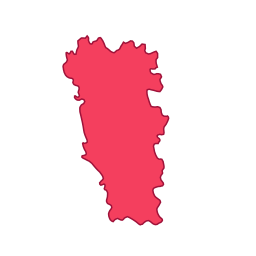 Shklow, Mogilev, Belarus, rotated 70°
{"feature_id": "67162791B50878075194487", "entity_name": "Shklow", "entity_type": "district", "adm_level": 2, "iso_a3": "BLR", "parent_name": "Belarus", "parent_adm1": "Mogilev", "projection": "natural_earth1", "projection_center": [30.382, 54.184], "detail": "fine", "context": "isolated", "style": "filled", "palette": "rose", "viewbox_px": 256, "rotation_deg": 70, "n_neighbors": 0, "source": "geoboundaries", "source_scale": "gbopen_adm2", "svg_char_len": 4588}
<svg xmlns="http://www.w3.org/2000/svg" viewBox="0 0 256 256"><g transform="rotate(70 128 128)"><path d="M152.9,105.0L151.9,104.1L151.3,102.9L150.3,102.1L148.8,102.2L147.5,103.1L146.7,103.4L145.4,103.4L144.8,102.5L144.8,101.7L144.8,100.4L145.8,98.8L146.1,96.7L144.8,95.8L141.0,94.8L139.3,93.7L138.2,92.0L137.4,90.8L135.1,88.4L133.0,86.6L131.5,86.3L130.2,86.8L130.2,87.8L129.2,90.1L127.5,91.4L124.7,91.4L122.0,90.7L119.7,91.0L118.2,92.8L117.6,95.4L116.5,97.7L115.5,98.9L112.9,99.1L110.6,99.1L107.5,98.9L105.4,98.9L102.6,98.5L99.9,97.7L98.6,96.8L98.8,94.8L100.1,93.0L101.2,91.2L102.3,89.7L103.4,88.2L104.1,86.9L104.7,85.6L103.7,83.9L103.0,83.0L101.3,81.2L99.6,81.2L98.2,81.7L96.7,81.8L94.6,81.7L93.3,81.4L92.4,80.2L91.4,79.0L88.7,79.1L87.5,80.7L86.8,82.4L86.8,83.9L86.5,85.5L85.0,86.8L83.9,87.7L82.0,87.7L80.4,87.2L80.2,86.1L81.0,84.7L81.4,83.5L81.7,82.3L81.0,81.3L80.9,79.6L77.0,79.4L75.0,78.9L73.2,78.1L72.0,76.1L68.1,74.7L66.9,75.0L65.5,75.4L65.5,77.6L65.8,81.6L65.5,83.4L63.4,85.6L61.0,85.8L59.2,84.5L55.4,83.4L53.9,86.1L55.4,89.4L55.9,92.7L53.3,94.1L50.0,93.4L47.9,94.1L47.0,95.8L47.6,98.7L47.6,101.4L45.8,102.9L47.5,104.9L48.7,106.6L50.0,107.9L51.0,109.0L51.4,110.6L51.3,111.8L51.7,113.1L52.0,113.7L52.5,115.1L52.1,116.1L51.1,117.2L50.1,118.1L48.2,119.1L46.3,120.2L45.0,121.3L43.5,121.6L40.5,121.6L37.5,121.9L34.4,122.6L33.5,123.3L33.4,125.0L34.1,125.9L35.2,127.4L35.3,128.7L35.1,130.2L35.3,131.7L36.5,132.7L36.5,133.9L35.7,134.9L33.9,135.2L32.2,135.2L31.0,134.7L30.0,134.3L28.9,134.4L27.5,134.9L28.3,136.2L29.0,137.3L28.5,138.5L27.8,140.1L27.5,141.1L27.9,142.3L28.4,143.6L29.0,145.3L31.6,146.1L33.4,146.4L34.5,146.7L35.5,147.6L36.9,149.1L38.7,150.4L40.8,151.6L40.4,153.2L39.8,153.5L38.2,153.8L36.9,154.0L36.4,155.3L37.3,156.3L38.2,157.6L38.0,158.3L36.9,159.0L36.1,159.6L36.2,160.4L37.3,160.8L39.4,161.3L41.0,161.5L42.4,161.6L43.5,161.7L44.2,162.6L45.0,163.3L45.6,164.8L46.2,166.5L46.9,167.3L48.3,168.1L49.3,168.2L51.0,168.6L53.9,168.9L56.8,168.6L58.8,167.8L60.4,166.5L61.2,165.5L62.0,164.0L62.7,163.2L64.1,162.9L65.3,163.5L66.2,164.2L67.5,164.2L68.6,163.9L69.4,163.2L70.1,162.5L70.7,161.5L71.7,160.4L73.2,160.1L74.8,160.7L76.2,161.8L77.4,162.6L78.6,162.6L80.2,162.5L81.1,162.7L82.0,163.8L81.8,164.9L80.9,165.8L79.9,166.4L79.7,167.2L81.1,167.8L82.6,167.4L83.9,166.6L84.6,165.7L85.2,164.2L85.1,162.9L84.9,161.5L86.3,159.7L88.4,159.6L89.9,161.3L90.2,163.1L90.4,163.9L91.4,165.3L92.5,166.3L94.1,166.9L96.4,167.6L99.1,167.9L102.4,168.3L107.0,168.9L111.3,169.6L114.8,170.3L117.3,170.7L119.9,170.8L122.8,170.7L124.3,170.6L125.6,170.6L127.2,171.1L127.7,172.2L127.6,173.6L127.4,174.5L126.6,175.2L127.0,175.9L129.7,176.3L131.8,176.3L133.4,176.2L135.3,175.8L136.7,175.8L137.9,176.0L138.7,176.8L138.7,178.8L138.5,180.2L138.6,180.8L139.6,181.3L140.9,180.6L142.2,179.3L143.5,178.1L144.2,177.5L145.9,175.8L148.9,174.0L152.1,172.9L155.0,171.8L157.3,170.8L159.7,169.6L162.1,168.9L164.0,168.4L165.3,168.3L167.1,168.5L168.0,169.7L168.6,171.2L169.4,172.6L169.8,173.4L171.2,173.7L172.4,173.1L172.5,172.3L172.5,171.2L172.4,170.0L173.0,169.2L174.5,169.3L176.2,170.5L177.0,171.1L178.1,170.8L178.7,169.9L180.1,169.4L181.9,169.3L183.7,170.0L185.7,170.9L187.2,171.9L188.4,172.8L189.9,173.3L190.9,173.2L191.9,173.0L193.0,172.0L194.1,170.9L195.3,170.2L197.3,170.5L198.6,172.0L199.3,173.2L200.5,174.5L201.8,175.5L202.7,175.8L204.6,176.2L206.8,176.2L208.2,176.0L209.6,175.3L210.5,174.5L210.9,173.9L210.7,173.6L210.2,172.8L209.6,171.6L209.4,169.7L209.5,168.5L210.6,167.6L212.0,166.1L212.6,164.9L212.3,163.6L211.4,162.2L211.2,160.8L211.1,158.9L212.6,157.3L215.7,154.7L218.6,152.6L220.1,151.7L221.7,150.8L222.8,150.0L223.2,149.4L223.1,148.6L223.3,147.3L222.8,146.3L222.3,145.2L221.9,143.8L221.6,142.3L222.1,140.2L223.7,138.9L225.3,138.0L226.8,137.0L227.6,136.1L228.2,135.2L228.5,133.6L228.2,132.4L227.9,131.0L227.9,130.0L227.7,128.9L226.8,127.4L225.8,127.1L225.0,127.2L223.6,128.0L222.4,128.6L221.0,129.0L218.7,129.3L217.6,129.3L215.9,129.1L213.9,128.6L212.8,127.5L212.0,126.4L211.1,125.2L209.8,123.8L208.9,122.8L207.5,122.7L206.5,122.9L205.6,123.6L204.6,124.2L203.6,124.9L202.3,125.7L201.0,126.2L198.6,126.4L197.8,126.4L195.2,126.0L193.9,125.2L193.3,124.1L193.2,122.9L193.2,121.4L193.3,119.7L193.9,117.6L193.9,116.7L194.1,115.3L193.1,113.9L191.6,113.7L190.3,114.1L187.9,114.8L185.5,114.5L183.8,113.2L183.2,112.1L182.2,110.9L180.6,110.7L179.6,110.4L179.0,109.5L177.9,107.9L176.3,107.3L174.2,106.9L171.5,106.5L169.0,106.9L168.3,108.0L168.2,108.8L167.8,109.6L166.3,110.7L162.9,111.2L159.4,111.2L157.5,110.9L153.8,110.3L152.2,109.0L152.0,107.5L152.9,105.0Z" fill="#f43f5e" stroke="#9f1239" stroke-width="1.5"/></g></svg>